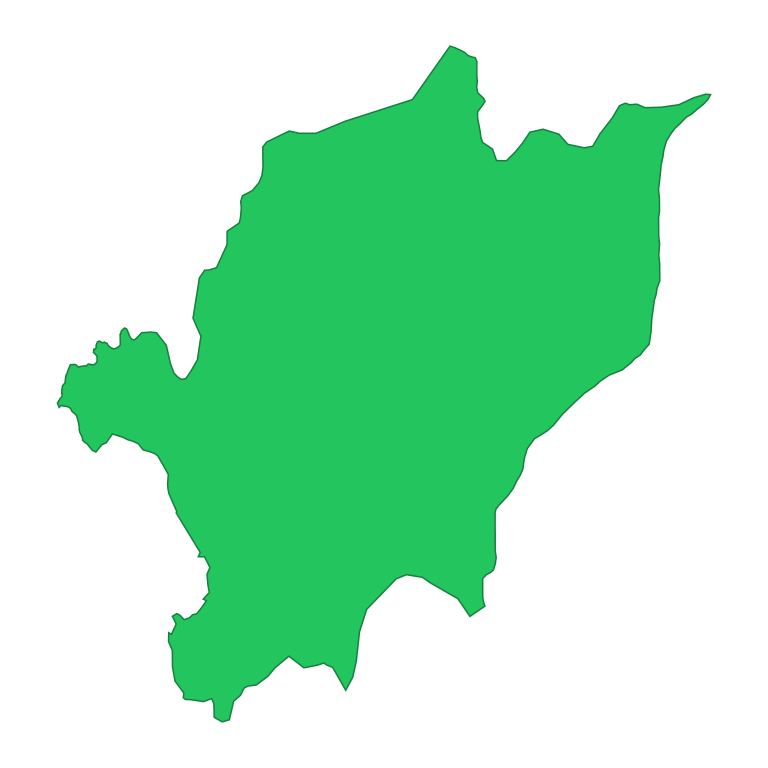 Ijebu East, Ogun, Nigeria (Equal Earth projection)
{"feature_id": "59680162B17778966736574", "entity_name": "Ijebu East", "entity_type": "district", "adm_level": 2, "iso_a3": "NGA", "parent_name": "Nigeria", "parent_adm1": "Ogun", "projection": "equal_earth", "projection_center": [4.163, 6.811], "detail": "fine", "context": "isolated", "style": "filled", "palette": "green", "viewbox_px": 768, "rotation_deg": 0, "n_neighbors": 0, "source": "geoboundaries", "source_scale": "gbopen_adm2", "svg_char_len": 5204}
<svg xmlns="http://www.w3.org/2000/svg" viewBox="0 0 768 768"><path d="M450.0,46.1L412.4,99.6L345.0,121.3L316.0,133.3L299.4,133.3L289.3,131.0L266.7,142.0L262.8,146.9L263.0,167.6L261.9,175.5L259.0,182.7L252.3,190.6L242.4,195.8L240.7,201.6L241.3,207.7L240.4,218.2L239.2,223.0L227.1,231.3L227.0,244.7L216.5,267.7L208.5,270.1L204.6,270.2L203.5,272.1L201.7,274.5L199.4,277.9L193.0,318.2L200.9,336.2L197.4,359.8L190.6,371.7L185.7,378.7L181.1,379.3L177.4,376.7L174.0,373.1L170.5,363.7L166.3,345.3L156.5,332.7L150.8,332.1L141.8,332.7L135.5,339.1L134.0,340.0L131.5,339.0L130.1,337.0L126.8,329.1L124.6,328.0L121.3,330.9L120.6,334.1L120.1,334.2L120.3,344.8L119.4,346.1L116.3,348.1L113.8,349.0L110.4,347.4L109.6,346.7L108.9,346.1L108.5,345.8L108.1,345.4L107.7,344.5L107.3,343.6L106.9,343.2L106.0,343.0L105.4,342.7L104.5,342.2L104.2,342.0L103.9,342.3L103.6,342.5L103.1,342.7L102.8,342.7L102.3,342.5L101.8,342.4L101.2,342.1L100.8,341.9L100.7,341.8L100.2,341.5L99.8,341.2L99.4,341.1L99.2,341.2L98.7,341.3L98.3,341.6L97.5,341.9L97.5,342.0L97.4,342.3L97.3,342.5L97.1,342.9L96.8,343.3L96.6,343.7L96.5,344.1L96.3,344.5L96.2,344.6L96.2,344.9L96.2,345.2L96.1,345.5L96.1,345.8L96.1,346.1L96.2,346.4L96.2,346.8L96.3,347.1L96.3,347.4L96.3,347.6L96.1,347.8L95.9,348.0L95.6,348.2L95.6,348.4L95.5,348.5L95.3,348.7L95.2,348.8L95.0,349.0L94.8,349.3L94.7,349.5L94.4,349.5L93.8,349.3L93.7,349.8L93.6,350.8L93.6,351.6L93.5,352.5L95.0,353.8L96.0,355.1L97.0,356.2L97.1,361.0L96.6,362.4L94.4,364.5L93.2,364.9L90.5,364.4L89.4,364.1L88.4,364.0L87.7,364.4L87.0,365.3L86.2,366.1L85.5,365.9L85.2,365.9L84.8,365.9L84.4,365.9L83.9,365.9L83.5,366.0L82.9,366.1L82.1,366.2L81.8,366.3L81.2,366.4L80.5,366.5L79.8,366.6L79.4,366.8L79.0,367.0L78.7,367.2L78.0,366.6L77.4,366.2L76.7,365.4L75.9,364.8L74.5,364.4L70.4,364.7L68.6,368.8L67.2,372.8L65.7,376.3L65.0,382.9L62.6,385.6L61.7,390.8L61.9,391.3L62.0,391.8L62.0,392.2L61.9,392.3L61.8,392.5L61.7,392.9L61.7,393.0L61.6,393.5L62.2,393.7L62.2,394.2L62.1,394.9L62.1,395.4L62.1,395.8L61.9,396.3L61.7,396.7L61.2,397.4L60.5,398.2L59.9,398.9L59.4,399.9L58.8,400.8L58.4,401.4L58.0,402.2L57.4,403.1L57.8,404.1L58.2,404.9L58.5,405.7L58.7,406.3L58.8,406.6L58.9,406.9L59.1,407.3L59.2,407.5L60.6,405.9L61.2,405.5L61.8,405.5L62.5,405.7L63.0,406.0L64.0,406.2L65.4,406.3L67.7,406.7L70.6,408.5L71.9,411.3L74.9,413.9L76.6,415.7L78.4,422.0L79.3,427.6L79.2,430.1L80.0,432.8L81.6,435.9L82.4,437.9L82.7,440.4L85.1,442.6L87.1,443.8L88.7,445.9L89.9,447.5L91.3,449.1L92.4,450.4L95.9,452.0L101.8,444.8L106.4,442.7L108.6,439.3L112.5,434.0L122.8,437.2L127.8,439.8L132.7,441.1L138.5,443.9L140.9,447.1L143.3,450.0L149.9,451.7L155.2,453.8L157.8,455.9L163.6,465.9L168.3,474.5L167.7,482.7L167.6,483.3L168.0,489.1L169.0,493.9L176.7,511.5L176.2,512.9L200.2,552.4L198.3,556.7L204.5,556.8L209.9,567.5L207.0,574.3L207.9,584.6L208.8,590.2L209.4,592.5L208.2,593.7L208.1,593.8L203.2,599.1L206.4,600.8L201.3,608.0L196.6,613.9L192.6,614.7L189.6,617.7L184.2,619.7L180.4,615.7L178.1,614.1L176.6,613.7L172.4,616.3L176.2,624.0L173.4,630.0L171.5,634.3L168.7,632.7L168.7,634.7L168.5,641.6L172.3,650.2L172.5,666.9L175.0,681.1L176.8,683.5L183.3,692.3L183.8,693.0L183.3,697.7L185.3,699.4L190.8,699.7L203.6,701.6L211.7,698.6L213.9,703.9L214.2,717.3L222.2,721.9L229.3,719.8L231.3,711.5L232.1,707.9L233.7,701.2L240.5,695.3L244.0,688.2L247.9,686.1L256.3,685.0L267.9,676.3L274.8,668.0L288.9,656.2L303.9,667.8L316.8,665.3L323.9,663.1L326.9,665.1L332.5,667.3L334.1,669.9L345.7,690.3L352.7,677.3L356.2,661.7L359.5,631.9L366.6,609.4L383.6,591.9L396.2,578.8L406.4,574.7L422.4,577.3L430.9,583.2L457.9,598.7L469.9,616.4L485.0,606.1L483.6,602.3L482.8,597.9L482.7,591.8L482.7,585.8L482.7,578.5L486.3,574.8L490.8,572.3L493.5,569.9L495.3,563.8L496.2,557.7L495.2,550.4L495.2,543.1L495.2,534.6L495.1,527.4L495.1,520.1L495.1,512.8L495.2,512.3L496.0,509.1L498.7,505.5L507.6,496.0L513.0,488.7L516.6,481.3L520.2,475.2L522.9,469.1L523.8,461.8L524.7,457.0L527.3,448.5L531.8,442.4L534.5,438.7L542.7,433.8L548.1,430.1L553.5,425.2L562.5,414.2L575.1,401.9L580.5,397.0L584.2,393.4L595.0,386.0L600.4,381.1L605.8,377.4L609.4,375.0L622.1,370.0L626.6,366.3L631.1,362.7L635.6,357.8L636.6,357.5L640.2,355.0L643.8,350.3L649.2,344.2L649.9,339.3L651.0,332.0L651.8,318.5L652.7,312.4L654.4,300.2L656.2,294.2L657.1,288.1L659.8,280.8L659.8,275.9L659.7,269.8L659.7,263.8L658.8,255.3L659.6,244.3L658.7,235.8L658.6,217.6L659.5,211.5L659.5,205.5L659.4,198.2L658.5,189.7L659.4,182.4L660.2,175.1L661.1,165.4L662.9,156.9L663.7,150.8L666.4,141.1L670.9,133.7L674.5,128.8L676.1,127.3L680.9,122.8L682.8,120.7L686.4,117.1L691.6,114.1L697.1,109.3L703.4,104.3L707.9,99.5L710.6,94.6L705.7,94.2L693.8,97.7L678.9,104.7L661.5,107.2L645.1,107.7L640.2,105.6L636.9,104.2L629.5,104.7L625.4,103.2L619.5,105.7L612.4,117.7L600.1,133.7L592.7,146.3L584.1,147.8L567.8,144.3L558.9,134.2L543.2,129.2L529.9,132.2L522.4,143.3L515.4,151.8L506.4,160.8L496.5,160.6L492.6,149.2L489.3,146.9L482.5,142.3L480.8,137.0L480.3,132.4L479.2,126.3L478.1,120.9L477.6,117.1L477.6,111.8L482.8,105.0L485.1,101.2L483.4,98.1L477.8,92.8L476.7,87.4L477.3,81.3L476.8,75.2L476.8,72.2L476.8,66.9L476.9,61.5L475.2,57.7L471.8,56.9L467.8,55.4L464.5,52.3L460.0,50.0L457.8,49.1L454.9,47.7L450.0,46.1Z" fill="#22c55e" stroke="#15803d" stroke-width="1.5"/></svg>